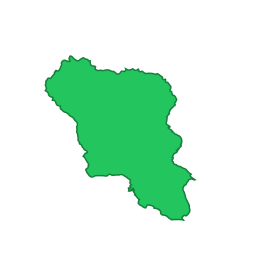 Acosta, San José, Costa Rica (Equal Earth projection), rotated 119°
{"feature_id": "36466004B86670924775866", "entity_name": "Acosta", "entity_type": "district", "adm_level": 2, "iso_a3": "CRI", "parent_name": "Costa Rica", "parent_adm1": "San José", "projection": "equal_earth", "projection_center": [-84.228, 9.742], "detail": "fine", "context": "isolated", "style": "filled", "palette": "green", "viewbox_px": 256, "rotation_deg": 119, "n_neighbors": 0, "source": "geoboundaries", "source_scale": "gbopen_adm2", "svg_char_len": 5790}
<svg xmlns="http://www.w3.org/2000/svg" viewBox="0 0 256 256"><g transform="rotate(119 128 128)"><path d="M187.1,45.2L186.2,44.3L185.9,43.4L185.1,42.3L182.7,37.8L182.4,37.5L181.9,36.1L181.8,34.9L181.6,34.7L181.3,36.2L180.9,36.7L180.4,37.2L179.7,37.5L179.0,37.0L177.9,37.0L177.2,36.5L176.9,35.6L176.8,34.9L176.6,34.6L175.2,33.9L172.3,33.5L171.2,33.5L169.4,34.4L167.4,36.2L166.7,36.3L165.8,37.1L160.9,44.1L160.2,44.6L159.6,44.9L158.4,46.2L158.1,46.7L157.1,47.4L156.3,48.9L155.3,50.0L154.3,50.7L150.9,51.0L150.2,50.2L149.2,49.9L146.4,50.0L145.7,49.7L144.0,49.9L141.7,47.9L141.2,44.6L140.8,44.3L140.7,46.0L140.2,49.5L139.7,50.4L139.5,50.6L137.8,50.3L137.7,52.1L137.5,53.5L136.1,57.2L136.1,58.6L136.4,60.1L136.4,63.8L137.1,65.5L137.1,66.6L136.7,68.0L137.2,69.4L137.2,69.9L136.9,71.0L136.3,71.5L135.9,72.2L135.6,72.3L135.4,73.4L135.0,73.5L134.5,74.1L133.3,73.7L132.6,74.0L132.0,74.1L131.9,74.4L132.0,74.9L131.6,74.7L130.8,75.3L128.1,75.3L127.8,74.8L127.0,74.7L125.9,73.6L125.6,73.6L125.2,73.6L124.8,73.9L124.4,73.7L124.2,74.7L123.1,74.1L122.6,73.3L122.4,73.3L121.6,74.1L121.3,73.5L120.5,73.5L118.5,72.7L118.3,72.7L117.8,73.3L117.1,73.2L116.8,73.6L116.8,74.0L115.7,73.7L114.7,74.3L113.9,74.2L113.2,75.0L112.1,75.4L111.6,76.3L111.0,76.8L110.5,77.7L110.4,78.7L110.1,79.2L110.1,79.8L110.4,80.5L110.1,82.4L110.4,83.0L110.4,84.3L110.2,85.2L109.6,86.6L109.6,86.8L110.1,87.7L109.0,88.2L108.8,89.4L108.8,90.8L108.4,92.9L107.6,92.8L107.1,91.9L106.6,91.9L106.3,92.3L106.2,92.8L106.2,94.1L106.3,95.1L106.1,95.4L106.0,96.3L104.8,97.1L102.1,97.9L101.4,98.4L100.3,98.5L99.6,99.7L98.6,99.3L96.4,99.1L95.6,98.7L95.1,99.5L93.2,99.6L92.9,99.7L92.5,100.1L92.1,100.2L91.8,99.8L91.5,99.7L90.9,99.6L90.2,99.8L89.0,99.1L86.5,98.6L85.6,97.9L84.8,98.0L84.3,98.9L84.0,99.1L81.6,99.0L79.5,99.2L78.6,100.6L78.0,101.2L77.3,102.9L77.2,103.5L77.5,104.2L77.5,105.5L76.8,105.8L76.0,106.8L75.1,107.5L75.0,108.0L75.3,108.5L75.2,109.2L74.2,109.7L72.6,109.9L71.2,110.5L70.6,111.3L69.7,113.7L68.9,115.2L68.9,115.5L69.4,116.8L69.5,117.4L68.8,118.0L67.4,118.6L67.2,118.8L67.3,119.1L68.3,119.9L68.4,121.2L68.3,121.6L67.9,122.1L67.0,122.3L66.8,122.6L66.5,125.3L66.3,126.8L66.2,128.6L66.7,129.2L67.7,129.7L67.9,130.3L68.1,131.8L68.7,133.6L69.9,136.1L71.3,138.2L72.0,139.6L71.5,143.2L72.7,144.3L73.0,144.8L73.0,146.2L72.1,146.6L71.6,147.3L71.5,147.6L73.3,148.4L74.0,149.4L74.2,150.6L73.9,152.4L74.2,152.8L75.3,153.5L76.2,154.2L77.2,155.8L77.3,158.8L77.8,158.2L78.4,157.9L80.1,158.3L81.4,161.2L82.8,161.5L83.8,161.5L85.2,162.2L85.7,162.7L86.0,163.5L86.1,164.4L85.7,166.0L85.5,168.2L86.3,169.4L86.6,173.1L87.9,175.4L89.3,176.8L90.0,177.8L90.4,178.8L90.6,179.8L92.3,181.9L92.6,184.3L92.5,185.0L91.5,185.9L90.6,185.9L90.1,186.1L90.1,187.2L91.1,189.2L91.0,190.7L90.2,192.0L87.6,193.7L88.1,194.2L88.3,194.7L87.9,195.7L87.8,197.1L88.3,198.8L88.3,201.3L90.9,202.9L93.0,203.7L93.7,204.5L93.8,205.1L93.9,205.5L93.9,206.8L93.5,209.3L92.8,211.4L92.8,212.7L93.1,213.4L93.5,213.6L93.8,213.6L94.1,213.4L95.5,213.4L96.6,212.4L97.0,211.6L97.2,211.3L97.8,211.2L98.3,211.6L98.5,211.9L98.5,212.7L99.1,213.4L99.2,215.4L99.5,216.4L99.9,216.9L101.3,217.7L102.5,217.9L103.8,217.6L104.5,216.9L105.3,216.5L107.0,216.5L109.3,216.1L111.3,216.4L112.3,216.9L112.5,218.8L112.9,219.1L113.2,219.1L113.4,218.8L114.0,218.8L114.6,219.3L115.0,219.3L115.6,218.7L116.3,218.7L120.2,219.5L121.8,219.5L122.3,220.0L122.6,221.1L123.1,221.8L123.9,222.2L125.1,222.1L126.3,222.5L127.0,222.5L127.2,222.1L128.0,221.9L128.7,221.4L130.4,221.2L132.4,219.0L132.9,218.7L133.2,218.3L135.5,218.4L135.5,216.8L135.6,216.0L136.0,214.9L136.7,214.1L137.5,213.5L137.8,212.9L138.2,211.7L138.2,211.2L137.7,208.4L138.8,207.9L139.6,207.9L140.4,207.6L140.2,206.8L139.6,206.1L139.6,205.3L139.8,204.5L141.0,203.3L141.6,202.4L142.2,201.8L142.3,201.4L142.4,200.7L142.2,200.0L142.2,199.5L141.8,198.4L141.7,197.7L143.4,197.0L144.0,196.0L144.6,193.0L144.8,192.8L144.8,191.5L144.7,190.5L144.4,189.6L144.4,189.1L144.6,187.6L145.5,184.8L145.5,181.3L146.6,178.9L146.8,178.8L147.7,175.6L148.5,174.6L150.2,173.5L151.9,173.5L154.3,171.7L155.3,171.5L156.0,171.1L156.8,170.5L157.8,169.1L159.6,167.8L160.6,166.9L162.5,166.0L163.3,165.2L164.3,163.2L164.5,163.0L165.2,163.0L165.4,162.7L165.3,161.1L165.6,160.3L165.9,159.7L166.6,159.0L166.9,158.5L167.2,157.2L168.2,155.7L168.1,153.5L168.3,152.2L168.5,151.8L169.4,151.7L170.8,153.1L174.5,153.5L174.6,152.5L175.0,151.4L175.9,149.7L177.1,148.0L177.8,146.4L178.7,145.0L179.1,144.6L180.0,144.7L180.5,144.2L182.0,143.8L182.5,143.8L183.8,144.6L185.1,144.7L185.4,144.1L186.4,143.1L186.8,142.4L188.2,139.4L188.7,137.9L188.7,137.2L188.5,136.2L188.1,135.3L185.6,133.4L185.3,133.0L182.0,127.2L181.0,124.6L180.1,123.1L177.9,122.2L177.5,121.9L177.2,121.2L177.1,119.4L176.7,118.3L176.3,117.5L175.2,116.4L174.6,115.0L174.2,114.6L173.5,113.1L172.6,112.4L171.6,110.5L171.5,108.3L171.7,107.5L171.7,105.0L172.0,104.3L172.2,102.8L172.1,101.3L172.2,100.9L173.0,100.7L173.9,99.9L174.8,99.9L175.1,99.7L175.8,98.8L176.0,97.6L177.3,97.8L177.6,98.2L177.8,98.2L178.2,97.8L178.5,96.9L178.9,96.9L179.6,97.2L180.0,98.2L180.2,98.5L180.4,98.5L181.2,97.6L181.6,97.5L182.1,97.1L182.8,97.0L182.7,96.4L182.1,96.0L182.1,95.6L181.4,95.2L180.8,94.3L180.7,94.4L180.4,95.3L180.2,95.4L179.9,95.2L179.4,94.3L178.9,94.5L178.5,94.5L178.4,94.2L178.4,93.8L178.7,93.5L180.0,93.0L179.7,92.3L181.0,92.4L181.9,90.4L182.6,89.9L182.7,89.3L182.9,89.3L183.2,89.6L183.5,88.7L183.6,87.7L184.6,85.8L185.0,83.8L185.2,84.0L186.0,83.5L188.7,82.7L189.5,80.9L189.6,79.0L189.4,77.4L189.8,76.3L189.8,75.6L189.6,74.6L189.4,74.1L189.2,73.8L186.8,73.9L186.1,73.6L185.7,73.2L185.2,72.2L184.3,69.5L184.3,68.1L184.5,67.2L184.6,66.9L185.5,66.3L184.6,64.3L184.5,62.9L184.2,61.3L184.7,60.7L184.7,59.8L185.1,59.1L186.7,58.1L187.4,56.9L187.3,55.3L186.7,54.4L186.2,51.8L187.0,48.3L187.1,45.2Z" fill="#22c55e" stroke="#15803d" stroke-width="1.5"/></g></svg>